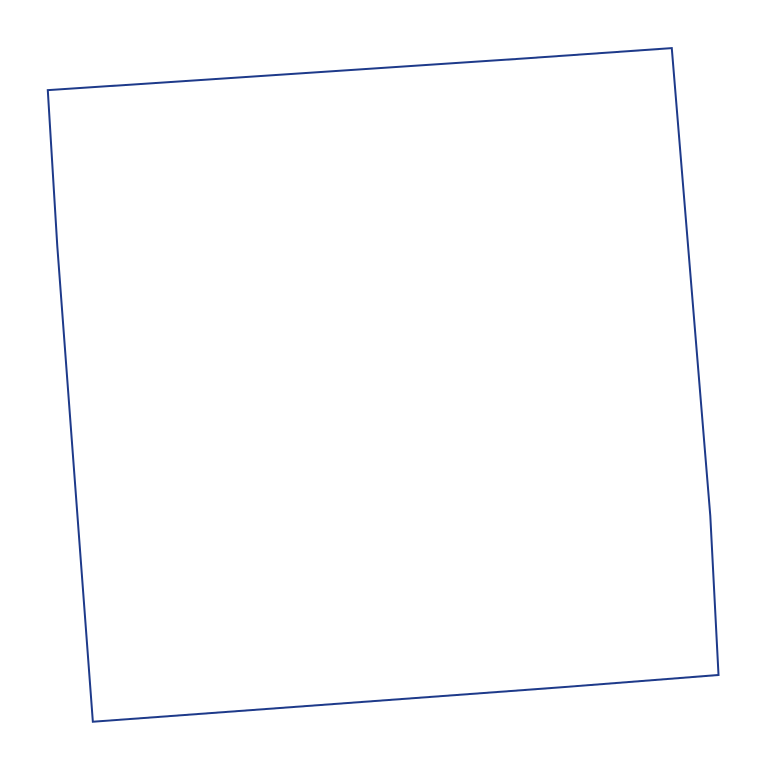 Iowa, Iowa, United States of America (Mercator projection), rotated 356°
{"feature_id": "52423323B47307487801934", "entity_name": "Iowa", "entity_type": "district", "adm_level": 2, "iso_a3": "USA", "parent_name": "United States of America", "parent_adm1": "Iowa", "projection": "mercator", "projection_center": [-92.064, 41.686], "detail": "fine", "context": "isolated", "style": "outline", "palette": "blue", "viewbox_px": 768, "rotation_deg": 356, "n_neighbors": 0, "source": "geoboundaries", "source_scale": "gbopen_adm2", "svg_char_len": 267}
<svg xmlns="http://www.w3.org/2000/svg" viewBox="0 0 768 768"><g transform="rotate(356 384 384)"><path d="M70.0,700.6L540.9,698.9L697.4,697.6L700.3,538.3L694.5,69.0L538.6,69.0L69.1,67.4L67.7,223.2L70.0,700.6Z" fill="none" stroke="#1e3a8a" stroke-width="2"/></g></svg>